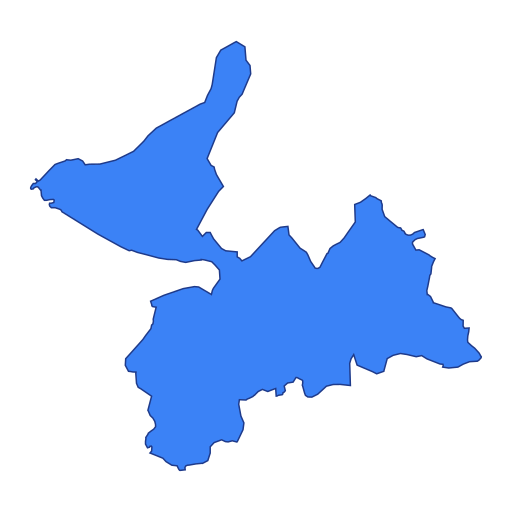 the district of Al Odayn, Ibb, Yemen
{"feature_id": "15242507B10242503769306", "entity_name": "Al Odayn", "entity_type": "district", "adm_level": 2, "iso_a3": "YEM", "parent_name": "Yemen", "parent_adm1": "Ibb", "projection": "orthographic", "projection_center": [43.943, 13.994], "detail": "fine", "context": "isolated", "style": "filled", "palette": "blue", "viewbox_px": 512, "rotation_deg": 0, "n_neighbors": 0, "source": "geoboundaries", "source_scale": "gbopen_adm2", "svg_char_len": 4982}
<svg xmlns="http://www.w3.org/2000/svg" viewBox="0 0 512 512"><path d="M423.2,229.6L422.7,229.7L414.5,232.5L412.6,234.2L410.5,235.1L408.3,235.2L407.1,234.8L405.6,234.1L405.3,233.6L404.9,232.9L404.8,233.0L404.1,231.4L403.4,230.9L402.4,230.5L401.9,230.3L401.7,229.7L400.6,227.9L399.5,227.8L397.7,227.4L392.0,222.7L389.8,220.9L384.7,216.6L382.1,209.3L382.2,205.2L382.0,203.9L381.5,203.0L381.3,201.7L381.2,200.8L376.9,198.6L375.8,197.6L370.7,195.8L370.1,195.0L365.8,198.5L360.4,202.3L354.7,204.5L355.3,222.0L347.9,232.5L344.1,238.0L340.1,242.4L336.0,244.4L333.2,245.9L330.0,248.5L327.9,253.3L327.0,253.6L322.6,262.0L320.0,267.2L318.0,268.4L316.7,268.4L315.1,268.1L314.4,266.9L310.7,261.5L307.8,254.8L306.6,252.7L306.3,252.2L303.6,250.4L300.1,248.2L291.9,238.0L289.0,234.9L287.9,226.4L282.5,227.0L280.3,227.3L278.8,228.1L274.6,230.7L250.5,256.7L241.9,260.9L239.7,258.3L237.2,256.9L237.2,251.9L225.7,250.8L221.5,248.5L213.6,238.9L211.3,234.7L210.2,232.5L206.3,232.5L202.4,236.4L197.7,230.1L196.5,229.4L207.2,209.3L218.6,191.4L223.4,186.5L217.6,176.6L216.4,174.5L214.6,169.4L214.1,167.0L211.1,165.4L207.1,158.6L217.6,132.5L234.3,112.8L237.1,101.2L239.3,97.2L242.1,94.2L242.3,93.7L242.7,92.8L243.3,91.3L250.7,73.9L250.0,65.5L246.0,60.2L244.9,46.8L243.2,45.8L236.3,41.6L233.8,42.9L227.2,46.6L220.8,50.1L216.4,57.6L212.2,84.5L211.1,88.6L207.5,95.4L204.7,102.5L200.2,104.1L170.9,120.1L156.3,128.1L150.7,133.3L148.1,135.7L143.9,141.1L140.8,144.2L135.9,149.0L133.6,151.3L115.5,160.2L99.8,164.1L89.5,164.2L85.2,164.8L82.6,161.0L78.2,158.7L70.7,160.2L67.0,159.8L66.6,159.7L65.0,161.0L58.1,163.3L55.0,164.5L49.0,170.6L40.1,180.1L38.3,181.1L36.0,178.9L35.4,179.7L35.9,180.2L36.9,180.9L36.9,182.1L35.5,183.5L33.3,183.5L31.6,185.7L30.7,187.5L30.7,188.6L31.2,189.2L31.7,189.2L32.4,189.0L33.4,188.8L34.0,187.8L36.2,186.8L37.7,186.8L38.9,188.0L40.6,190.2L41.0,190.1L41.5,195.7L42.8,198.2L44.4,200.3L46.6,200.3L49.8,199.6L53.3,199.4L54.2,200.1L53.8,202.5L51.2,203.2L49.6,203.2L49.3,204.6L49.8,206.2L51.3,207.7L55.2,207.7L59.9,209.3L61.2,210.2L62.0,211.8L97.9,234.1L120.8,246.7L129.2,250.7L131.6,250.2L137.4,252.4L143.3,253.9L146.8,254.8L158.7,258.0L167.6,259.4L176.3,259.7L180.5,261.4L185.7,262.4L190.6,261.4L194.4,260.6L201.2,260.0L201.2,259.5L204.0,259.8L211.7,261.7L215.0,265.0L219.4,270.0L220.0,279.1L213.4,288.3L212.4,290.4L211.4,294.5L198.7,287.0L194.5,286.6L183.3,288.6L179.5,289.9L168.5,293.7L163.9,295.3L150.6,301.2L151.7,304.5L151.9,305.9L152.7,306.6L156.2,307.2L156.0,307.8L153.2,319.2L153.4,321.2L152.9,323.9L151.6,325.1L151.0,328.3L150.9,328.7L145.8,335.3L142.8,339.6L131.1,352.7L125.7,358.7L125.3,365.3L128.5,371.3L130.4,371.5L133.1,372.0L134.3,372.0L136.0,372.1L135.8,373.4L136.5,383.3L138.2,387.3L140.8,388.8L151.6,396.2L147.9,410.3L148.3,411.0L150.2,415.5L152.9,418.1L154.8,421.4L155.5,424.3L155.6,426.7L153.7,429.2L151.1,431.0L148.3,433.2L147.9,434.3L145.8,437.5L145.9,438.7L145.5,441.4L145.5,444.1L147.5,447.8L149.6,447.2L149.9,446.3L151.3,446.1L151.9,447.0L151.8,448.5L151.6,451.1L150.0,453.0L162.9,458.2L166.0,461.6L171.8,465.2L177.1,465.8L177.8,467.3L178.8,469.3L179.6,470.3L180.1,470.4L185.2,469.8L184.9,467.5L185.8,465.9L187.5,465.2L189.0,465.1L195.8,463.9L201.9,463.3L202.5,463.4L207.8,460.6L210.2,453.1L210.2,447.3L210.2,446.8L214.0,442.7L214.6,442.4L218.4,441.0L219.3,440.7L219.7,440.5L221.6,439.8L225.4,441.6L228.1,441.9L232.3,440.8L236.9,442.0L237.6,441.0L243.0,429.7L243.9,422.9L240.9,416.0L238.7,404.2L239.4,399.7L245.8,400.0L246.5,399.8L247.1,399.1L249.2,398.3L252.9,396.5L254.1,395.3L254.5,395.3L255.2,394.5L258.2,391.5L262.4,389.4L267.0,391.2L267.8,391.5L272.1,389.8L275.7,388.5L276.2,396.1L277.1,396.0L278.3,395.3L282.2,394.7L282.8,394.0L283.0,392.7L284.3,392.0L285.3,390.7L284.2,386.0L287.6,383.0L293.1,382.1L296.0,377.5L297.2,377.6L300.0,379.1L302.0,380.0L302.7,380.8L302.7,383.3L302.3,385.2L302.7,386.2L304.6,393.1L305.5,395.4L306.3,395.9L307.9,397.0L308.5,397.0L311.9,397.1L317.7,394.2L322.3,390.0L326.4,386.2L333.1,384.5L340.2,384.4L350.4,385.5L349.7,363.3L351.1,358.7L353.7,354.6L357.1,365.1L372.6,371.7L372.8,371.8L376.7,373.8L383.8,371.3L383.8,371.2L387.2,358.6L393.2,355.3L400.4,353.5L407.0,354.5L416.2,356.7L421.7,355.6L427.0,358.9L440.0,364.0L443.0,364.3L443.2,365.7L442.7,367.1L448.7,368.0L457.9,367.1L463.3,364.1L469.5,361.7L477.4,361.2L479.0,360.1L481.0,357.9L481.3,356.9L481.1,356.3L480.6,356.0L480.3,355.2L479.2,353.2L474.7,348.2L471.5,345.7L467.8,342.3L467.5,340.0L467.8,335.9L468.7,331.8L469.1,328.0L464.4,328.3L463.1,326.1L463.2,320.3L461.2,319.6L459.7,318.4L458.5,317.0L453.3,310.4L451.8,308.5L450.9,307.9L445.9,306.9L439.7,304.8L433.3,302.7L433.4,302.4L430.5,296.5L427.9,294.5L427.3,294.6L427.2,294.0L427.2,293.9L426.8,290.6L427.8,286.3L429.5,277.5L429.8,275.4L430.9,273.9L431.6,267.6L431.6,266.5L433.5,261.7L435.1,258.6L432.8,257.5L429.9,255.7L429.0,254.9L419.2,249.8L415.9,250.1L412.5,244.0L412.5,242.2L415.0,239.7L417.4,238.5L420.4,237.9L423.8,237.2L424.6,236.8L425.2,234.5L423.2,229.6Z" fill="#3b82f6" stroke="#1e3a8a" stroke-width="1.5"/></svg>